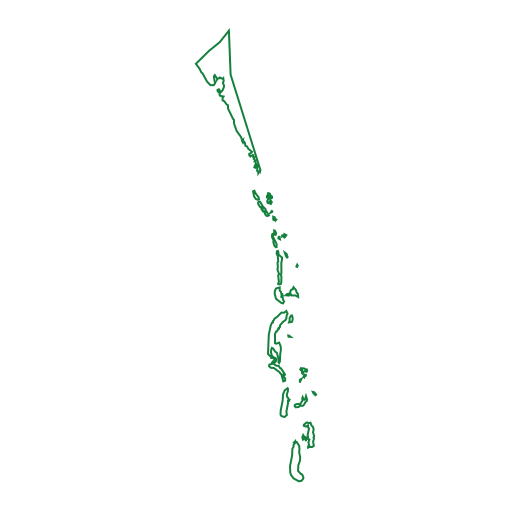 outline of Auki-Langalanga, Solomon Islands
{"feature_id": "97153195B20176739288406", "entity_name": "Auki-Langalanga", "entity_type": "district", "adm_level": 2, "iso_a3": "SLB", "parent_name": "Solomon Islands", "parent_adm1": "", "projection": "equal_earth", "projection_center": [160.735, -8.86], "detail": "fine", "context": "isolated", "style": "outline", "palette": "green", "viewbox_px": 512, "rotation_deg": 0, "n_neighbors": 0, "source": "geoboundaries", "source_scale": "gbopen_adm2", "svg_char_len": 6121}
<svg xmlns="http://www.w3.org/2000/svg" viewBox="0 0 512 512"><path d="M195.9,63.8L199.6,68.8L201.3,72.3L202.7,73.6L207.0,81.5L210.4,85.1L213.7,85.2L215.0,83.4L215.1,81.6L214.6,81.4L213.9,76.4L214.8,75.1L217.1,78.6L217.1,79.6L217.9,78.4L219.9,78.2L220.0,77.6L222.4,78.7L222.2,79.5L223.3,78.3L223.7,81.1L222.9,82.7L224.1,85.9L223.8,87.4L222.5,90.4L219.7,93.3L219.5,94.8L220.1,95.8L223.5,96.5L222.6,97.7L222.6,100.3L224.5,101.4L226.5,104.3L228.0,105.3L228.0,108.5L233.1,119.0L233.9,119.7L234.1,123.7L236.6,130.9L241.0,137.0L242.0,140.1L242.8,139.6L242.2,141.2L243.1,142.8L243.9,141.5L245.0,143.0L245.4,145.8L247.1,146.5L248.3,148.8L252.0,151.8L251.4,152.8L249.2,153.9L249.2,155.1L250.3,156.4L251.0,155.7L252.5,155.8L253.3,154.3L253.2,156.9L253.7,157.8L254.3,157.5L253.8,158.9L255.3,160.4L254.8,161.2L255.4,161.2L255.3,161.9L257.4,166.5L257.1,170.9L258.2,171.5L258.3,173.1L259.3,171.3L259.9,172.0L260.4,170.0L230.6,74.6L228.9,30.7L219.6,42.3L209.3,50.6L195.9,63.8ZM287.6,313.6L286.3,311.0L284.2,312.7L281.4,312.6L277.1,316.9L274.5,318.6L273.9,320.1L272.9,321.1L273.0,322.4L271.9,322.8L270.7,325.7L268.8,334.7L268.0,354.0L270.4,356.4L271.2,356.2L271.6,354.8L271.0,352.5L271.2,349.8L271.9,347.9L273.2,348.6L275.0,351.4L276.9,352.9L278.5,359.0L278.4,362.0L279.1,363.0L279.9,361.5L280.2,354.1L280.9,350.1L280.7,346.3L279.1,342.6L276.1,343.7L275.0,343.1L275.0,333.8L276.2,331.4L276.8,331.5L278.1,329.5L278.2,328.7L279.0,328.7L278.9,327.7L279.8,327.2L280.2,325.1L282.9,321.9L285.6,320.0L286.3,318.5L286.8,314.8L287.6,313.6ZM303.4,477.5L302.3,474.7L300.6,473.7L298.0,470.8L298.4,464.9L299.9,461.0L300.2,457.4L299.1,451.9L299.5,449.6L299.2,445.9L296.7,442.0L295.9,441.8L293.5,445.1L293.5,446.8L292.4,448.7L292.1,455.5L290.0,466.2L290.3,473.0L291.3,475.4L293.6,478.4L298.8,481.3L301.5,480.8L303.2,478.7L303.4,477.5ZM289.5,399.7L288.4,399.5L288.3,398.2L287.1,396.8L286.8,394.4L287.9,391.2L288.0,388.7L287.6,388.2L284.7,390.4L283.1,394.1L282.7,400.3L280.7,410.5L280.5,414.7L281.6,416.2L284.6,417.0L286.9,414.9L286.4,411.7L288.1,402.6L287.9,401.1L288.9,401.0L289.5,399.7ZM314.2,436.1L313.0,432.4L313.6,429.7L313.2,427.3L311.4,425.3L310.5,422.7L308.8,423.2L306.8,422.4L303.9,424.7L303.8,425.8L306.1,426.6L307.9,425.4L308.1,427.3L309.0,428.4L307.6,435.2L308.0,437.1L307.6,438.8L309.4,439.5L308.4,442.6L309.2,445.4L308.1,446.3L308.1,447.6L309.3,447.0L312.2,447.0L313.8,445.8L313.1,441.5L314.0,438.7L313.5,437.3L314.2,436.1ZM282.0,259.8L282.0,257.5L278.6,254.7L278.3,252.0L277.9,250.9L277.0,251.2L276.6,253.5L277.8,256.2L278.2,261.4L277.5,262.6L277.9,267.5L277.4,269.3L279.0,273.9L278.2,275.6L278.9,281.8L278.1,283.9L278.9,284.4L280.7,284.1L281.3,282.2L281.4,276.4L280.6,274.4L281.4,273.5L281.3,262.8L282.0,259.8ZM285.1,380.7L285.2,378.3L283.7,377.1L283.1,374.9L283.5,374.0L284.7,375.0L285.0,374.5L281.1,368.5L280.0,368.0L278.7,365.9L276.6,365.8L273.4,363.8L275.8,361.5L276.2,359.3L275.5,358.0L273.9,357.5L271.8,355.6L271.3,357.9L273.9,358.0L274.3,359.2L273.9,360.4L271.9,362.8L271.7,364.0L269.3,364.6L269.0,366.1L270.8,367.8L273.9,368.0L279.4,372.1L281.6,375.0L283.3,381.4L285.1,380.7ZM284.1,301.5L282.9,299.4L282.7,297.2L281.3,296.9L281.4,296.3L282.4,296.2L282.7,295.2L282.3,294.2L281.5,294.4L280.9,291.8L279.7,290.6L279.7,287.4L276.0,288.5L274.9,290.7L274.7,293.7L276.0,298.8L281.3,302.9L283.0,303.4L284.1,301.5ZM298.2,297.0L297.8,293.5L296.8,292.9L295.8,289.8L293.5,287.2L292.7,289.4L291.4,289.6L290.4,291.1L290.2,293.3L287.1,294.0L285.7,295.3L289.1,295.6L290.9,294.3L291.7,295.5L295.4,295.4L298.2,297.0ZM307.1,399.7L306.0,396.2L305.3,398.9L304.5,399.8L303.7,399.6L302.7,397.2L302.2,398.6L302.6,400.3L299.8,404.7L298.4,403.9L296.2,404.2L294.8,405.0L294.7,406.1L295.7,407.3L298.6,407.0L300.2,405.7L302.8,405.8L304.2,404.5L305.2,402.4L306.6,401.2L307.1,399.7ZM259.0,199.1L258.6,197.3L255.4,193.2L254.4,190.7L253.1,191.3L254.0,196.2L255.9,199.1L257.7,199.7L259.0,199.1ZM276.7,245.4L276.5,243.8L273.1,237.1L272.7,233.9L272.2,234.2L272.0,236.9L273.6,240.6L273.3,242.1L274.4,245.8L275.9,247.2L276.5,247.0L276.1,246.3L276.7,245.4ZM271.8,202.1L270.4,200.1L270.1,195.6L269.3,196.6L267.0,196.2L266.9,197.4L268.9,197.9L267.2,201.0L267.6,202.9L268.0,203.2L269.6,201.7L270.0,203.6L270.8,204.0L271.8,202.1ZM307.2,370.7L306.8,369.4L305.4,369.3L304.1,368.4L300.8,368.2L300.3,369.6L300.9,370.2L302.1,369.9L302.0,373.1L302.7,373.8L303.6,371.7L304.8,371.1L306.6,371.8L307.2,370.7ZM292.7,318.1L291.9,315.4L290.9,315.8L289.6,318.1L289.7,320.4L289.0,322.4L291.9,321.9L292.6,320.0L292.7,318.1ZM262.6,206.1L260.1,201.7L259.1,201.5L258.1,202.3L258.2,203.8L259.9,206.8L261.0,207.6L262.6,206.1ZM265.7,209.9L265.5,209.1L263.5,207.1L261.6,208.9L261.7,209.6L262.7,209.5L262.8,211.2L263.4,211.7L264.9,211.2L265.7,209.9ZM306.2,437.5L304.2,436.7L303.2,435.1L302.3,437.3L303.0,439.6L304.1,438.6L305.1,438.7L306.0,441.1L306.2,437.5ZM268.9,215.4L266.5,211.6L265.2,212.1L264.8,213.2L265.5,214.8L267.0,216.1L268.9,215.4ZM276.1,233.5L275.1,230.8L274.1,230.5L274.7,234.7L275.6,234.9L276.1,233.5ZM220.1,91.1L219.0,89.3L217.6,89.8L217.5,90.8L218.4,92.1L219.4,92.1L220.1,91.1ZM275.1,218.6L274.6,217.2L273.2,216.7L273.3,219.7L274.1,220.1L275.1,218.6ZM286.3,235.1L284.3,234.1L283.8,236.9L284.3,237.5L285.2,236.9L286.3,235.1ZM287.6,257.1L286.6,254.0L284.8,252.6L286.0,256.1L287.1,257.5L287.6,257.1ZM256.6,166.5L255.3,164.9L254.3,167.2L255.3,167.8L256.6,166.5ZM316.1,394.5L314.1,392.2L312.8,391.9L313.5,393.4L315.4,395.2L316.1,394.5ZM305.9,375.0L304.7,374.6L303.5,377.0L304.1,377.4L304.2,376.8L305.7,375.9L305.9,375.0ZM279.9,239.2L279.6,236.9L278.7,236.9L278.4,238.4L279.9,239.2ZM301.4,378.9L299.9,379.8L299.8,381.7L300.1,381.8L301.4,378.9ZM269.8,194.3L269.6,193.6L268.2,193.1L267.8,194.3L269.0,195.1L269.8,194.3ZM290.7,336.9L289.2,335.7L288.3,335.5L288.5,336.7L290.7,336.9ZM272.1,197.8L272.0,196.5L271.1,195.8L271.4,198.0L272.1,197.8ZM297.7,265.5L297.2,264.7L296.4,266.5L297.2,266.9L297.7,265.5ZM272.3,211.4L271.8,211.0L270.6,212.7L272.0,212.1L272.3,211.4ZM295.3,442.1L295.2,441.2L293.9,442.6L294.4,442.9L295.3,442.1ZM282.8,236.0L282.1,234.7L282.1,236.4L282.8,236.0ZM276.3,219.5L275.5,219.1L275.1,220.1L275.5,220.6L276.3,219.5Z" fill="none" stroke="#15803d" stroke-width="2"/></svg>